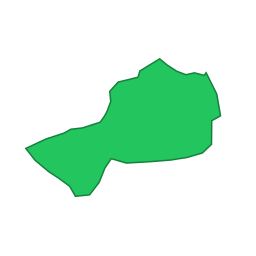 Buk-gu, Gwangju, South Korea (Mercator projection), rotated 117°
{"feature_id": "91817680B75710427976091", "entity_name": "Buk-gu", "entity_type": "district", "adm_level": 2, "iso_a3": "KOR", "parent_name": "South Korea", "parent_adm1": "Gwangju", "projection": "mercator", "projection_center": [126.933, 35.182], "detail": "fine", "context": "isolated", "style": "filled", "palette": "green", "viewbox_px": 256, "rotation_deg": 117, "n_neighbors": 0, "source": "geoboundaries", "source_scale": "gbopen_adm2", "svg_char_len": 693}
<svg xmlns="http://www.w3.org/2000/svg" viewBox="0 0 256 256"><g transform="rotate(117 128 128)"><path d="M75.1,51.1L57.5,64.3L43.3,83.5L46.5,84.0L48.7,93.9L54.2,100.5L55.3,110.4L54.2,121.4L52.0,131.2L71.7,143.3L78.3,142.2L91.5,157.6L98.4,159.5L103.6,160.9L105.8,159.5L112.3,155.4L122.2,154.3L124.4,154.3L127.7,154.3L135.4,155.4L139.8,159.8L148.5,168.5L155.1,178.4L161.7,182.8L174.9,196.0L177.6,198.1L192.6,209.8L199.0,196.0L202.9,178.9L204.3,166.3L206.4,153.6L212.7,143.8L205.0,131.9L189.5,129.0L174.1,130.4L162.9,129.0L160.0,113.6L148.1,93.2L136.9,75.0L132.7,69.3L127.7,62.3L116.5,50.4L104.6,46.2L93.3,51.8L83.5,56.7L75.1,51.1Z" fill="#22c55e" stroke="#15803d" stroke-width="1.5"/></g></svg>